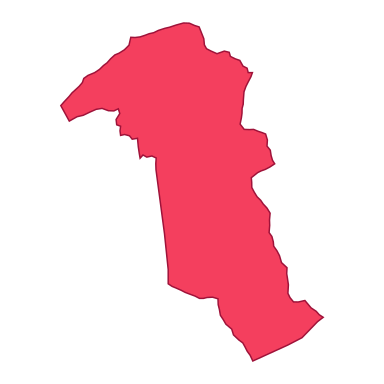 Araçagi, Paraíba, Brazil
{"feature_id": "56859067B93245396056078", "entity_name": "Araçagi", "entity_type": "district", "adm_level": 2, "iso_a3": "BRA", "parent_name": "Brazil", "parent_adm1": "Paraíba", "projection": "robinson", "projection_center": [-35.356, -6.871], "detail": "fine", "context": "isolated", "style": "filled", "palette": "rose", "viewbox_px": 384, "rotation_deg": 0, "n_neighbors": 0, "source": "geoboundaries", "source_scale": "gbopen_adm2", "svg_char_len": 2032}
<svg xmlns="http://www.w3.org/2000/svg" viewBox="0 0 384 384"><path d="M189.4,23.2L183.5,23.0L175.9,25.1L169.6,27.2L164.9,28.3L158.4,30.4L153.7,32.7L149.2,33.7L145.0,35.3L140.1,36.9L135.1,37.5L130.8,37.3L129.0,45.2L124.4,49.8L119.0,53.2L114.9,54.9L110.8,58.6L107.0,62.9L103.5,65.5L99.5,69.4L94.7,72.6L88.0,75.4L83.8,78.4L82.4,82.5L79.3,86.2L76.3,89.0L72.0,92.9L69.0,96.6L64.2,101.7L60.8,105.6L69.3,121.1L73.0,119.0L77.1,116.7L83.2,115.3L89.9,112.1L96.2,109.3L102.1,108.4L108.4,110.7L113.9,110.9L118.3,108.8L119.8,113.5L116.1,119.5L116.7,124.8L120.6,126.2L120.0,130.8L120.6,135.4L124.6,134.5L129.5,135.8L132.2,139.2L137.5,138.3L138.3,146.9L139.3,153.6L140.1,158.2L143.0,155.0L146.8,157.1L151.9,156.0L156.2,158.0L155.8,163.6L156.0,169.8L164.5,233.8L168.2,269.6L168.2,283.8L172.1,286.4L176.0,288.0L181.2,290.3L185.2,292.4L188.9,293.8L195.1,296.1L199.5,298.4L203.4,298.4L207.0,297.5L212.6,297.2L218.0,298.8L218.2,304.7L219.4,309.5L220.4,315.3L223.3,319.7L225.9,324.2L231.7,329.1L233.5,334.9L239.1,340.2L242.8,342.9L244.9,346.7L247.3,351.4L250.1,355.2L252.8,361.0L287.9,345.0L302.0,337.7L317.5,321.7L323.2,317.3L319.2,314.7L316.2,311.3L311.1,307.9L304.9,300.5L298.2,302.0L293.5,301.9L290.0,297.6L287.9,293.3L288.4,284.8L287.4,278.0L286.7,273.7L287.0,267.7L281.5,262.6L279.5,255.7L277.0,250.9L273.7,246.2L273.3,241.8L271.9,236.5L269.1,232.6L269.7,225.4L269.5,220.1L270.1,213.2L267.0,208.1L263.1,203.9L260.7,200.3L257.1,196.8L254.2,192.1L251.8,187.5L251.7,182.2L251.3,177.7L257.7,172.6L261.1,170.9L265.3,169.4L269.9,167.0L274.7,163.8L272.5,160.3L271.1,155.5L270.3,150.2L267.0,146.1L267.4,140.0L265.6,134.0L262.1,132.6L257.9,131.2L253.6,129.4L249.5,129.6L244.2,129.4L240.1,124.1L241.4,117.8L242.0,113.3L242.1,108.4L243.2,104.3L243.4,99.6L244.0,91.8L245.9,86.5L247.9,82.5L250.9,76.8L252.4,72.6L248.2,72.6L247.1,68.2L243.0,66.1L239.8,60.4L234.9,58.7L230.4,56.4L229.2,52.3L224.3,51.1L217.0,53.7L210.7,50.9L206.5,48.7L204.4,44.9L203.8,38.7L201.1,31.9L199.1,26.9L194.6,25.5L189.4,23.2Z" fill="#f43f5e" stroke="#9f1239" stroke-width="1.5"/></svg>